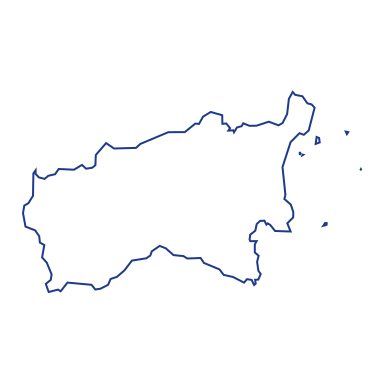 Thung Tako, Chumphon, Thailand (Mercator projection)
{"feature_id": "78962969B56019548429008", "entity_name": "Thung Tako", "entity_type": "district", "adm_level": 2, "iso_a3": "THA", "parent_name": "Thailand", "parent_adm1": "Chumphon", "projection": "mercator", "projection_center": [99.077, 10.099], "detail": "medium", "context": "isolated", "style": "outline", "palette": "blue", "viewbox_px": 384, "rotation_deg": 0, "n_neighbors": 0, "source": "geoboundaries", "source_scale": "gbopen_adm2", "svg_char_len": 1895}
<svg xmlns="http://www.w3.org/2000/svg" viewBox="0 0 384 384"><path d="M290.6,231.5L287.3,223.3L293.2,217.4L293.3,212.0L290.8,204.6L284.4,199.0L285.4,194.7L282.5,167.1L290.6,142.1L299.5,133.2L303.8,134.8L308.7,130.5L314.6,107.7L311.6,104.4L307.3,103.3L302.5,96.3L295.1,94.8L292.7,92.0L288.9,98.8L287.1,114.2L282.5,123.1L278.5,125.3L268.8,121.7L256.5,125.7L249.4,125.8L243.3,123.3L241.6,126.2L236.9,127.5L234.0,132.3L233.2,130.3L228.4,130.6L230.0,128.1L226.3,123.5L222.4,123.8L222.2,115.2L210.7,112.0L203.0,116.7L199.0,123.9L195.3,123.6L184.8,132.1L168.3,132.2L140.4,143.9L136.0,147.9L114.0,148.5L106.1,143.1L95.8,155.0L95.4,165.2L92.3,167.7L86.1,168.7L82.0,164.9L74.0,169.7L58.7,169.0L55.1,174.2L48.3,175.8L44.6,178.9L38.9,177.4L35.6,173.9L35.6,170.3L33.4,173.4L33.0,195.8L28.4,203.2L24.3,205.6L23.0,213.1L25.5,226.6L35.2,230.4L39.2,236.2L39.9,242.6L44.3,245.0L42.1,257.4L46.8,262.7L51.6,274.4L50.8,279.8L45.8,283.9L48.7,292.0L58.0,289.6L60.6,291.3L67.5,282.6L91.5,284.8L95.3,289.5L100.5,288.7L108.1,284.8L110.6,279.0L117.0,276.8L124.4,270.4L131.9,260.6L146.2,258.3L150.3,255.6L151.8,251.3L159.7,245.9L165.8,248.3L173.5,255.1L183.5,256.1L187.2,258.5L200.6,258.0L204.0,263.0L219.5,269.4L223.7,274.9L233.1,277.0L244.0,282.6L247.0,279.2L251.6,279.9L254.1,285.0L255.7,283.6L255.1,279.8L258.3,279.6L260.7,274.0L258.4,270.8L257.1,261.9L258.6,255.7L254.8,252.5L254.8,244.4L256.6,241.1L250.3,241.2L249.6,239.5L250.2,234.7L255.3,230.7L256.7,224.1L260.1,220.9L264.4,220.7L266.4,224.6L267.6,223.4L270.2,224.9L275.1,231.0L290.6,231.5ZM319.1,138.0L316.6,137.0L315.7,143.9L319.7,142.4L319.1,138.0ZM326.5,224.9L326.7,223.1L325.1,223.0L323.3,225.8L326.5,224.9ZM346.9,134.1L348.2,132.1L345.8,131.6L346.9,134.1ZM299.9,155.0L300.5,153.4L299.7,152.0L299.9,155.0ZM302.4,155.3L303.2,154.8L302.6,154.6L302.4,155.3ZM360.3,170.4L361.0,169.4L360.9,169.2L360.3,170.4Z" fill="none" stroke="#1e3a8a" stroke-width="2"/></svg>